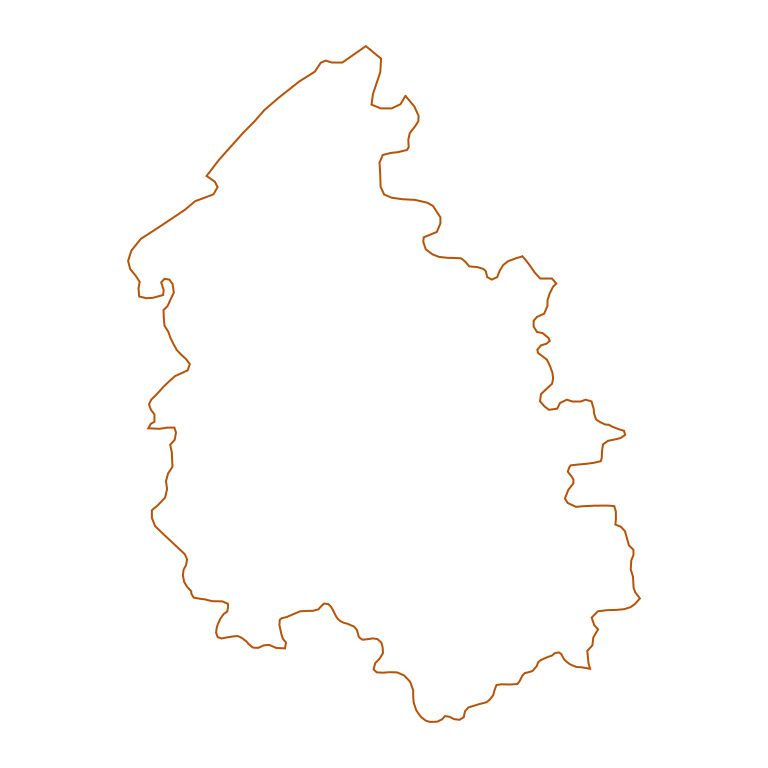 Shchuchyn, Grodno, Belarus
{"feature_id": "67162791B66420794580046", "entity_name": "Shchuchyn", "entity_type": "district", "adm_level": 2, "iso_a3": "BLR", "parent_name": "Belarus", "parent_adm1": "Grodno", "projection": "orthographic", "projection_center": [24.728, 53.725], "detail": "fine", "context": "isolated", "style": "outline", "palette": "amber", "viewbox_px": 768, "rotation_deg": 0, "n_neighbors": 0, "source": "geoboundaries", "source_scale": "gbopen_adm2", "svg_char_len": 4625}
<svg xmlns="http://www.w3.org/2000/svg" viewBox="0 0 768 768"><path d="M193.7,597.6L200.8,598.9L205.2,599.4L207.7,600.1L212.3,601.2L218.3,601.3L222.2,601.3L227.9,603.8L228.1,606.8L227.2,611.6L223.8,613.9L220.3,618.7L217.7,624.5L216.6,628.4L216.1,632.7L217.7,637.1L221.6,638.5L226.9,637.4L232.4,636.5L237.7,636.0L241.8,637.9L246.4,641.4L248.7,644.1L252.6,647.4L254.9,647.8L258.4,647.8L263.9,645.3L269.2,644.9L276.1,647.9L285.0,648.4L286.0,642.6L282.8,638.7L281.2,633.4L279.4,624.9L279.8,619.8L281.7,618.2L286.5,617.1L299.8,611.4L306.3,610.9L312.7,610.9L318.5,609.3L320.8,606.6L324.0,603.6L328.4,604.1L331.3,607.1L333.9,611.9L335.5,615.3L337.5,618.6L340.3,621.1L344.0,622.9L347.0,623.6L350.4,625.0L354.1,626.6L356.8,629.8L358.0,633.8L358.7,636.5L360.0,638.1L362.6,639.7L366.7,639.3L372.9,638.4L377.5,639.1L381.4,642.7L382.6,647.1L383.0,653.1L379.6,658.6L375.2,663.2L373.6,669.4L376.8,672.4L383.3,672.7L389.5,672.2L397.1,672.4L404.0,675.4L407.0,678.4L410.2,681.9L413.2,690.4L413.2,696.6L413.7,702.6L416.2,710.2L418.5,713.6L421.3,717.3L426.1,720.8L429.8,721.9L437.2,721.7L442.0,719.4L445.0,716.1L449.6,716.8L454.0,719.1L459.5,719.8L463.7,717.3L465.0,711.3L468.5,707.4L479.3,704.1L486.4,702.3L489.7,699.7L493.1,695.3L494.7,689.6L496.5,685.0L501.6,684.3L510.1,684.5L517.5,684.0L519.8,680.8L522.3,675.7L524.6,673.2L530.1,671.8L532.6,670.9L536.8,666.0L538.1,662.3L540.9,660.0L544.1,658.6L547.3,657.2L551.9,655.6L554.9,653.1L559.0,652.4L561.3,654.2L563.9,659.0L566.0,661.3L569.7,664.1L572.4,665.4L576.6,667.0L579.1,667.2L581.2,667.2L590.1,668.8L588.5,663.3L587.3,650.9L592.4,645.3L593.3,637.5L595.8,633.2L598.1,629.4L594.2,625.1L591.7,617.6L597.9,611.3L606.8,610.2L616.4,609.9L624.0,609.2L630.4,607.2L635.1,603.9L637.5,601.1L639.9,598.5L635.3,592.4L633.6,587.9L633.0,576.7L630.7,569.4L631.3,560.4L633.5,554.8L633.4,549.8L628.9,545.3L627.2,539.1L625.0,531.3L621.0,526.8L615.4,524.6L615.9,519.0L615.9,511.7L614.2,506.1L608.0,505.6L601.9,505.6L594.0,505.7L581.7,506.3L576.1,506.9L567.7,503.0L564.9,498.5L568.4,489.7L571.1,486.3L573.4,483.3L573.4,479.4L571.5,476.4L567.8,471.8L569.0,467.9L570.6,465.4L578.3,464.5L586.4,463.8L593.9,462.8L600.8,461.2L601.7,458.0L602.1,450.4L603.0,444.4L608.0,440.8L616.5,439.1L620.8,437.9L625.2,434.9L624.0,430.8L619.7,429.5L612.6,426.8L608.6,424.7L605.2,424.5L599.9,422.0L596.0,419.3L594.0,413.2L593.7,408.9L591.5,401.4L585.4,399.7L580.8,401.5L572.5,401.5L566.8,399.7L560.0,403.0L557.2,408.7L549.0,409.8L544.7,406.6L540.0,401.3L541.0,394.1L546.7,388.7L552.1,383.7L553.1,378.3L552.4,372.6L549.9,365.8L547.0,359.8L542.0,355.9L538.1,353.0L537.3,349.8L540.9,345.4L546.5,343.7L549.8,340.9L548.7,338.1L542.6,333.1L537.0,332.0L533.6,326.5L533.6,320.9L536.9,317.0L544.2,313.6L547.5,305.8L547.5,300.2L549.7,293.5L553.0,286.8L556.3,283.5L551.9,278.5L545.2,278.5L540.2,278.5L534.6,272.4L529.8,265.4L525.6,259.9L522.3,256.2L521.4,256.7L516.4,258.1L507.8,261.4L503.2,265.0L499.7,270.7L497.2,277.1L491.8,279.6L487.2,277.1L485.8,271.1L483.3,268.9L477.5,267.1L469.3,266.4L465.1,261.5L461.1,258.3L452.6,257.9L448.3,257.9L439.0,256.9L432.6,254.4L425.8,249.4L423.3,241.9L423.7,237.3L430.8,234.4L436.9,231.9L440.4,223.4L440.4,217.3L432.9,205.9L427.2,202.7L415.1,199.9L402.3,199.2L391.6,197.7L384.1,194.5L380.6,186.7L380.2,173.5L379.5,162.8L382.7,155.0L390.9,152.9L397.7,152.2L406.9,150.0L408.7,147.2L408.3,139.7L409.8,133.0L415.4,125.9L418.3,121.2L418.6,115.9L414.4,106.6L405.5,95.9L405.4,95.9L400.5,104.2L391.7,108.4L380.7,108.4L371.5,104.6L373.0,93.9L375.3,87.0L380.3,72.1L381.1,58.7L365.8,46.1L342.4,62.5L331.7,62.5L325.6,60.6L320.7,62.8L314.9,71.6L299.2,81.5L278.5,97.9L264.3,110.1L254.3,121.6L243.6,132.3L235.1,141.8L219.0,159.8L206.6,176.0L214.8,181.7L217.6,187.0L213.5,194.3L203.0,198.3L195.3,201.1L185.1,209.6L174.5,216.8L158.7,227.3L140.8,238.9L131.4,250.6L128.1,260.8L130.1,268.9L135.7,275.8L139.7,281.9L138.5,288.4L139.2,296.5L146.5,298.2L153.0,297.8L163.2,295.0L163.6,289.8L161.2,282.4L164.5,278.8L169.4,279.6L172.6,284.1L173.8,292.6L170.9,298.7L167.6,306.0L163.5,310.1L163.8,317.6L164.5,325.7L168.4,331.9L170.4,337.7L173.8,344.7L176.9,350.2L181.0,354.4L186.2,359.3L189.8,364.0L187.7,370.3L174.9,376.2L169.4,381.1L163.9,386.4L157.2,393.7L151.2,399.7L149.0,404.3L150.8,409.6L154.5,414.5L154.4,421.8L150.8,423.8L148.3,428.3L159.7,428.8L167.4,427.6L174.4,427.6L176.0,432.5L174.7,439.8L170.2,444.7L171.8,452.4L172.5,466.7L168.0,473.6L166.0,481.3L167.1,489.1L165.1,497.6L157.7,505.4L151.9,510.2L151.9,518.0L155.1,526.1L164.5,535.2L177.7,547.5L184.8,554.2L187.1,559.4L186.1,565.1L183.6,569.6L182.9,575.4L184.2,582.0L187.0,586.7L191.2,591.2L191.3,593.7L193.7,597.6Z" fill="none" stroke="#b45309" stroke-width="2"/></svg>